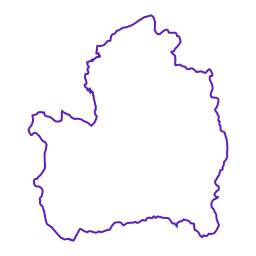 the district of Tien Phuoc, Quàng Nam, Vietnam
{"feature_id": "81297802B51785257245499", "entity_name": "Tien Phuoc", "entity_type": "district", "adm_level": 2, "iso_a3": "VNM", "parent_name": "Vietnam", "parent_adm1": "Quàng Nam", "projection": "equal_earth", "projection_center": [108.26, 15.491], "detail": "fine", "context": "isolated", "style": "outline", "palette": "violet", "viewbox_px": 256, "rotation_deg": 0, "n_neighbors": 0, "source": "geoboundaries", "source_scale": "gbopen_adm2", "svg_char_len": 5689}
<svg xmlns="http://www.w3.org/2000/svg" viewBox="0 0 256 256"><path d="M219.0,225.3L217.1,220.5L216.5,218.5L216.3,215.2L216.1,214.3L214.7,212.0L213.9,209.8L211.9,207.2L211.4,205.5L211.3,204.5L211.6,202.7L212.1,201.6L212.7,200.5L214.2,199.4L217.4,197.9L217.7,197.1L216.5,197.0L215.5,196.3L214.7,195.3L214.5,194.7L214.5,193.9L216.8,190.8L217.9,190.5L218.5,190.0L218.8,189.1L218.6,186.3L216.6,185.3L215.8,184.2L215.1,182.5L215.2,181.4L215.7,180.2L216.7,179.1L217.4,177.6L217.7,176.6L218.9,175.6L219.1,175.2L220.1,171.1L220.5,170.2L222.1,169.8L222.7,169.3L222.5,167.6L222.6,167.1L223.7,165.1L224.0,162.4L224.2,161.7L225.7,160.1L226.4,158.9L227.1,156.9L227.2,156.3L227.1,152.5L227.4,149.2L227.0,141.8L226.5,138.7L225.8,137.0L224.6,132.6L223.8,131.8L221.7,131.2L220.8,130.3L220.6,129.8L220.5,126.2L220.3,125.7L219.4,124.6L219.3,124.1L219.3,123.0L219.7,121.9L219.7,121.6L219.5,121.3L218.5,120.8L218.2,120.1L218.8,117.2L218.7,116.1L218.3,115.3L217.6,114.6L216.7,112.3L215.7,111.3L215.2,110.4L215.2,109.4L216.8,107.0L217.4,105.8L218.5,100.7L218.4,99.6L217.9,98.7L216.5,97.8L211.9,97.4L211.2,96.7L210.7,95.5L211.0,92.9L212.3,89.9L212.6,87.9L212.2,84.8L209.8,79.6L209.7,77.7L209.9,76.5L210.2,76.1L212.1,75.9L212.3,75.6L212.5,74.7L212.4,74.1L211.0,71.0L210.1,69.6L209.8,69.5L208.8,69.4L208.4,69.7L206.8,71.6L205.3,72.8L204.8,72.9L203.3,72.1L200.7,71.3L196.7,72.1L196.4,72.0L195.6,70.8L195.1,70.4L192.1,68.3L191.1,68.3L189.3,69.1L187.4,69.1L186.5,68.5L185.3,66.8L182.8,66.4L180.2,64.8L179.1,64.7L175.8,65.3L175.4,65.2L175.2,63.8L175.4,59.5L175.2,57.2L175.0,56.1L174.3,54.9L173.0,54.0L172.3,53.4L171.5,52.4L171.3,51.9L171.4,51.7L173.7,51.3L174.2,50.8L175.1,48.8L178.3,45.5L180.4,42.3L180.6,41.9L180.5,41.3L179.7,38.2L179.2,36.8L178.7,36.2L177.1,36.0L176.5,34.0L175.6,32.8L175.1,32.7L171.2,32.8L168.8,32.6L168.7,32.5L168.1,30.8L167.7,30.1L166.7,29.6L165.8,29.7L163.5,30.9L160.1,33.9L158.7,34.3L157.5,34.0L157.0,33.6L155.7,31.9L154.9,30.1L154.7,29.0L154.9,25.8L155.0,21.8L154.9,21.4L154.4,20.4L153.6,17.6L152.7,16.4L151.4,15.5L150.7,15.4L146.0,16.8L144.6,17.0L140.0,19.8L133.6,24.2L131.1,25.5L126.2,27.3L122.5,27.9L119.1,30.1L116.4,31.1L115.6,32.7L115.0,33.4L114.5,33.7L112.7,34.3L111.2,35.8L110.4,40.5L109.9,40.8L107.9,40.9L104.5,44.6L103.3,45.3L100.7,46.0L97.4,45.9L96.9,48.2L96.9,50.5L96.4,52.1L96.3,53.3L96.5,53.6L96.9,53.7L98.2,53.3L98.6,53.4L98.7,54.7L98.9,55.2L99.9,55.7L99.9,56.4L99.7,56.8L99.2,57.0L98.0,56.8L97.3,57.2L96.4,57.1L95.1,58.5L93.9,59.2L93.1,59.4L92.9,60.6L92.4,61.1L91.7,61.1L91.5,60.3L90.7,61.1L89.5,61.2L88.5,61.8L87.6,63.0L87.3,62.7L87.3,63.7L87.6,65.1L88.9,67.0L88.9,67.3L88.2,67.9L87.6,68.6L87.4,69.5L87.5,70.2L88.1,71.2L88.3,71.7L88.3,72.5L87.9,73.7L87.2,74.1L86.3,73.8L86.0,73.9L85.6,74.2L85.2,74.9L85.0,76.4L85.0,77.8L86.2,80.9L86.5,82.9L86.1,84.1L85.2,84.3L84.8,84.8L84.6,85.8L85.2,86.9L87.2,88.5L87.3,89.9L87.7,90.4L88.5,90.4L89.1,89.7L89.5,88.6L89.9,88.6L90.3,89.7L89.9,91.6L90.1,92.2L90.5,92.8L90.8,92.7L91.5,91.2L91.8,91.3L93.0,92.6L93.1,93.6L93.0,95.2L93.6,96.2L93.6,97.9L94.4,100.3L94.4,101.2L95.0,103.1L95.1,104.3L95.6,105.4L95.8,106.4L95.8,107.2L95.5,108.0L95.6,108.6L95.9,109.2L95.7,109.7L95.2,110.1L94.9,110.7L94.8,111.9L94.9,113.4L95.2,114.2L96.8,116.4L95.9,119.5L95.1,121.3L94.1,123.0L91.6,125.7L91.0,125.4L87.5,122.5L83.6,120.9L81.1,119.3L76.9,118.6L74.7,119.0L73.4,118.5L71.6,117.5L70.4,116.3L69.2,114.7L67.8,114.4L66.0,113.6L64.4,112.8L62.1,111.1L61.8,112.1L61.8,117.8L61.6,119.8L61.5,120.2L60.9,120.7L58.9,121.5L56.3,121.5L54.4,120.6L53.0,119.2L49.9,116.9L46.5,116.3L45.1,115.5L44.8,115.2L44.5,114.4L44.2,112.4L42.8,112.7L42.5,112.7L41.1,112.0L38.3,112.4L37.9,112.6L37.0,114.0L36.3,114.3L32.5,115.4L33.0,119.8L32.9,121.8L31.3,125.6L29.4,127.9L28.9,128.7L28.6,130.5L29.1,132.0L30.4,134.1L31.1,135.0L31.4,135.1L32.1,134.8L33.5,133.3L34.2,132.8L35.2,132.8L36.8,133.6L39.0,135.7L42.5,140.9L45.3,142.2L46.4,144.3L46.6,145.2L45.5,150.8L44.8,152.6L44.6,153.8L44.7,160.1L45.0,165.6L44.9,167.7L44.7,168.9L42.1,172.9L40.1,175.5L38.3,176.9L37.1,178.8L35.2,179.1L34.4,179.5L33.9,180.9L34.1,183.4L35.1,185.5L35.6,186.1L36.7,186.5L38.3,186.4L39.4,186.7L40.5,187.3L41.6,188.4L42.3,189.5L42.6,190.4L42.6,191.3L42.1,195.1L41.2,196.9L39.8,198.3L39.7,198.5L39.7,198.9L40.2,200.9L40.0,203.1L40.3,204.1L42.5,206.6L43.3,208.8L44.7,214.0L45.3,218.1L46.0,221.2L46.6,223.2L46.9,223.8L48.0,224.8L50.5,226.3L50.9,227.1L51.6,227.0L54.5,230.7L60.8,237.7L61.3,238.0L62.4,238.1L63.0,238.6L63.3,239.1L64.7,239.4L69.4,238.8L69.9,239.1L70.7,240.2L71.5,239.9L72.4,240.2L73.0,240.6L73.4,240.6L73.8,240.2L75.1,237.7L79.6,229.4L80.1,228.9L81.2,229.2L83.6,230.8L84.8,231.4L87.1,232.1L87.6,232.1L88.4,231.4L89.5,231.1L91.3,231.4L94.7,232.5L95.9,232.6L96.6,232.6L97.1,232.4L98.5,231.4L99.8,231.9L101.6,232.1L107.5,229.9L109.8,229.7L112.1,225.6L114.7,222.7L118.3,222.2L119.9,222.3L121.1,222.7L123.2,225.3L124.4,224.9L126.7,223.3L129.0,222.8L133.5,222.6L135.4,221.9L136.8,222.8L138.6,222.6L142.4,220.1L143.3,220.0L144.2,220.5L145.9,220.3L146.1,219.5L147.2,218.0L149.1,217.6L151.3,218.2L151.8,218.1L152.4,217.8L153.3,216.7L153.9,216.4L155.5,217.8L156.0,217.8L157.2,216.6L157.7,216.5L159.5,216.8L162.9,217.8L168.2,218.1L168.9,218.6L170.5,220.6L172.4,223.4L173.4,223.6L174.4,223.4L176.8,226.2L176.9,223.9L177.2,223.3L178.5,222.2L179.8,221.5L182.2,221.0L183.2,219.6L183.7,219.5L184.9,219.7L186.7,220.4L187.7,220.5L188.9,221.0L189.3,221.3L190.3,222.7L191.3,223.4L193.9,223.6L194.1,224.2L194.2,226.8L194.4,228.1L195.1,230.1L196.7,230.8L197.7,231.6L198.5,232.6L200.2,235.6L201.4,236.7L202.1,237.1L202.5,236.9L203.2,235.5L204.0,235.5L205.3,236.0L206.8,235.9L207.3,235.6L208.7,233.9L208.9,233.7L211.3,234.0L214.1,233.2L214.6,232.8L216.2,230.6L219.0,225.3Z" fill="none" stroke="#5b21b6" stroke-width="2"/></svg>